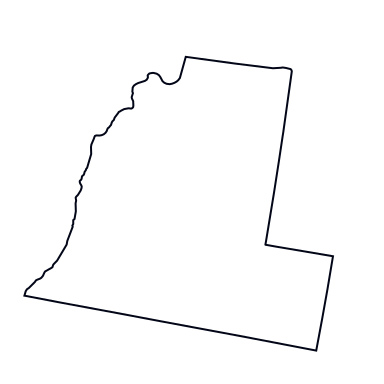 La Pampa, Albers equal-area conic projection, rotated 99°
{"feature_id": "ARG-1296", "entity_name": "La Pampa", "entity_type": "Province", "adm_level": 1, "iso_a3": "ARG", "parent_name": "Argentina", "parent_adm1": "", "projection": "albers", "projection_center": [-66.048, -37.163], "detail": "fine", "context": "isolated", "style": "outline", "palette": "ink", "viewbox_px": 384, "rotation_deg": 99, "n_neighbors": 0, "source": "natural_earth", "source_scale": "10m", "svg_char_len": 2041}
<svg xmlns="http://www.w3.org/2000/svg" viewBox="0 0 384 384"><g transform="rotate(99 192 192)"><path d="M232.2,111.3L232.4,111.2L232.6,111.1L232.8,100.6L233.4,42.7L267.2,43.0L297.0,43.6L329.2,44.5L328.6,63.1L328.1,78.6L327.1,109.6L327.0,111.9L326.2,140.6L325.8,156.1L325.4,171.5L324.6,201.3L323.7,232.2L323.6,235.2L322.7,269.0L321.7,307.0L320.6,341.3L315.9,340.7L313.9,339.8L312.4,338.2L305.6,333.2L303.7,332.3L302.8,331.1L301.5,328.8L300.8,327.9L300.0,327.2L298.1,326.1L294.4,325.1L293.4,324.6L288.9,318.9L288.1,318.1L285.6,317.7L284.7,317.2L280.9,314.5L263.6,307.6L259.8,307.5L245.0,304.4L243.9,304.9L242.2,304.3L238.4,304.9L237.0,303.8L236.6,303.8L229.3,303.7L221.4,305.2L218.6,305.1L216.2,305.9L215.7,306.0L214.7,305.6L212.7,304.2L208.0,302.2L205.3,301.7L203.8,301.8L202.7,302.4L201.8,303.2L200.7,304.0L199.5,304.5L198.5,304.5L198.1,304.2L197.6,303.7L196.9,303.3L196.1,303.1L193.9,303.1L193.4,302.9L192.4,302.0L191.9,301.6L191.2,301.4L188.9,301.2L187.1,300.3L185.7,300.1L184.6,299.4L184.0,299.3L170.3,297.5L163.3,298.8L160.9,298.8L154.5,297.2L153.1,297.0L151.8,296.6L151.1,295.4L150.7,292.2L150.0,290.1L148.8,288.2L147.1,286.7L145.2,285.8L142.7,285.3L142.2,285.1L141.2,284.1L140.9,283.9L140.4,283.7L138.5,282.5L135.9,282.1L134.7,281.7L133.1,280.5L130.6,280.0L125.2,277.1L124.7,277.0L124.3,276.7L123.5,275.5L122.7,274.7L120.7,271.9L119.4,268.2L119.2,267.4L119.2,266.0L119.0,264.8L118.4,264.0L117.3,263.4L116.0,263.4L111.5,264.3L109.0,266.0L107.7,266.4L103.6,265.8L102.2,266.6L98.1,266.9L96.0,266.0L94.3,264.3L92.8,262.2L89.7,256.0L88.2,254.3L86.1,253.5L85.4,253.5L84.0,254.0L83.4,253.9L82.5,253.3L82.2,253.1L81.6,252.6L81.1,251.3L80.6,249.8L80.4,248.5L80.7,245.3L81.8,242.9L83.5,241.2L87.1,238.5L88.4,236.5L89.1,234.0L89.0,230.9L88.2,228.7L86.9,226.4L85.3,224.4L83.6,223.0L81.3,221.8L59.5,219.3L58.4,169.6L57.1,131.4L55.3,123.2L54.9,122.3L54.8,121.2L54.8,118.4L55.2,113.8L56.1,112.8L57.2,112.3L118.9,111.2L123.1,111.2L147.7,111.0L178.5,110.9L180.5,110.9L230.0,111.2L232.2,111.3Z" fill="none" stroke="#020617" stroke-width="2"/></g></svg>